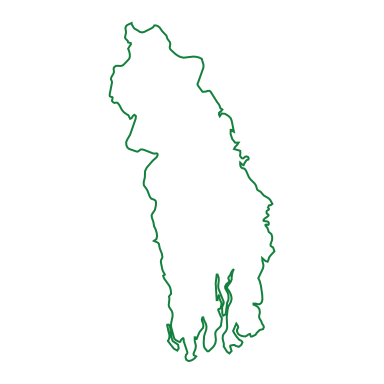 the Division of Khulna
{"feature_id": "BGD-2432", "entity_name": "Khulna", "entity_type": "Division", "adm_level": 1, "iso_a3": "BGD", "parent_name": "Bangladesh", "parent_adm1": "", "projection": "robinson", "projection_center": [89.364, 22.917], "detail": "fine", "context": "isolated", "style": "outline", "palette": "green", "viewbox_px": 384, "rotation_deg": 0, "n_neighbors": 0, "source": "natural_earth", "source_scale": "10m", "svg_char_len": 6046}
<svg xmlns="http://www.w3.org/2000/svg" viewBox="0 0 384 384"><path d="M169.0,296.5L171.1,293.7L170.8,290.5L170.2,287.8L169.2,285.6L164.2,278.6L163.1,275.8L164.8,274.6L162.9,271.0L162.3,269.4L160.9,262.3L160.9,261.0L161.2,259.7L162.2,257.9L162.4,256.9L161.9,253.8L159.8,248.5L158.8,243.6L157.4,242.4L153.9,240.9L156.4,239.1L157.1,236.1L156.6,232.5L155.5,229.1L154.1,226.3L153.3,221.6L151.9,217.8L151.6,215.4L152.4,213.6L154.9,209.9L155.9,205.5L156.0,202.9L155.8,201.1L154.5,199.8L151.3,198.7L149.9,196.9L147.5,190.7L146.3,188.6L144.1,185.7L143.7,184.2L143.8,181.6L144.8,177.8L145.1,171.0L146.7,167.7L152.9,160.5L156.0,157.8L157.0,156.6L157.6,155.2L157.6,154.1L156.9,153.4L153.8,153.6L152.8,153.3L143.8,149.8L141.9,149.4L140.4,149.6L138.6,151.1L137.7,151.6L136.5,151.5L129.0,148.9L127.4,147.5L126.3,144.9L126.2,142.0L127.3,139.5L130.1,134.7L135.6,118.9L135.9,116.1L134.4,114.8L132.9,116.0L131.5,118.2L130.1,118.8L128.4,115.2L127.2,114.6L123.8,112.2L121.9,109.9L119.2,104.8L117.5,102.8L116.6,102.6L114.3,102.9L113.2,102.3L112.1,101.1L112.0,100.2L112.4,99.2L112.6,97.5L112.0,97.0L110.8,96.8L109.8,96.2L109.6,94.7L112.0,82.6L111.9,81.4L111.0,79.4L111.1,78.1L111.6,76.7L113.3,73.9L113.9,72.3L113.9,71.1L113.6,68.7L113.9,67.5L115.8,65.9L118.0,65.8L120.4,66.0L122.6,65.5L124.1,64.2L128.4,59.7L129.5,58.2L129.9,55.8L129.6,53.0L128.9,50.4L128.1,48.9L129.5,46.3L130.9,44.4L130.8,43.1L128.1,42.4L127.7,40.8L125.6,38.8L125.0,37.3L125.9,33.3L126.0,31.7L125.5,29.0L125.5,27.7L126.1,26.1L127.3,25.0L131.6,23.0L131.7,24.0L132.1,25.0L133.9,28.0L134.6,28.7L137.4,30.2L140.0,32.0L142.2,32.4L144.3,31.9L151.7,28.2L153.2,27.1L154.4,25.4L155.6,25.4L157.7,26.0L159.6,27.5L162.3,31.3L166.4,35.6L167.5,38.9L169.8,42.0L170.2,43.2L170.2,44.6L169.7,47.5L170.0,48.7L171.1,50.1L175.5,54.1L178.0,55.8L180.5,57.0L183.6,57.7L193.1,56.6L196.1,56.8L199.0,57.5L201.7,58.8L203.3,64.0L203.5,65.1L203.4,67.7L197.5,84.2L197.8,85.4L202.5,91.8L205.8,91.6L207.7,90.9L209.2,90.8L210.4,91.4L217.2,102.2L218.6,104.0L219.4,105.3L220.5,108.4L221.7,109.0L222.4,109.6L221.3,110.9L219.1,112.7L219.0,114.7L219.8,116.3L221.6,113.5L224.9,113.8L228.4,115.9L230.7,118.2L231.7,120.8L233.9,131.8L232.4,131.0L231.6,129.9L230.7,129.9L230.6,134.1L232.3,139.1L235.2,142.7L238.6,142.6L237.3,144.7L235.0,147.1L234.0,149.0L240.2,150.8L240.4,153.1L240.0,155.8L241.7,158.2L243.2,158.4L245.2,156.7L246.5,156.4L248.1,157.1L248.7,158.3L248.4,159.5L246.9,160.0L246.2,160.6L244.4,163.3L243.6,165.2L242.4,164.7L240.2,162.6L240.1,164.1L240.6,166.4L241.1,167.2L242.1,168.1L244.0,168.5L244.9,169.1L246.1,170.8L248.9,177.2L250.7,179.6L254.4,183.2L255.9,185.4L257.0,189.0L257.5,190.0L260.6,191.8L263.8,195.5L268.5,198.2L270.2,199.9L272.4,203.9L270.7,205.2L269.3,205.2L268.9,205.5L268.0,207.6L268.9,208.7L268.9,209.2L268.7,209.7L267.0,210.7L266.5,211.6L266.7,213.3L267.0,213.8L268.0,214.4L268.6,215.1L268.5,215.6L268.0,216.2L264.5,218.7L263.5,220.0L263.5,220.7L264.2,221.1L267.1,221.4L268.1,221.8L268.7,222.7L268.8,223.7L268.6,224.6L268.3,224.9L267.8,224.9L266.7,224.5L266.1,224.5L265.4,225.0L265.5,225.6L267.4,227.9L268.8,232.0L270.6,233.4L271.3,234.1L271.7,235.0L272.2,237.0L272.1,239.9L270.7,243.9L270.5,245.1L270.7,245.8L271.1,246.3L273.0,247.4L273.4,248.3L274.4,251.3L270.7,255.3L269.1,257.5L268.5,259.6L267.6,261.7L265.6,261.1L262.2,258.1L262.4,260.9L263.5,265.4L263.0,268.3L258.3,278.2L259.7,281.0L260.9,285.7L262.2,294.6L262.4,299.3L262.0,301.5L261.1,303.2L259.2,304.3L257.5,304.1L255.7,303.6L253.5,303.6L253.5,304.6L256.0,305.7L258.0,307.1L259.4,309.2L259.9,312.3L259.1,316.0L259.2,317.4L259.6,318.6L261.2,321.2L262.1,323.8L263.2,325.2L263.9,327.0L263.1,329.1L259.7,330.0L256.8,332.8L255.5,334.8L252.3,336.4L251.1,336.6L250.6,336.0L250.0,334.0L248.5,334.4L246.8,335.7L245.4,336.4L243.5,336.3L241.3,335.8L239.3,334.9L238.0,333.7L237.0,331.3L237.0,329.8L238.2,327.5L238.0,326.2L236.3,323.6L233.1,331.0L234.4,333.4L236.6,336.7L239.2,339.7L241.5,340.9L242.5,342.3L241.3,344.9L238.8,346.8L235.9,346.0L234.5,345.0L233.3,345.0L230.4,345.6L230.1,346.3L231.6,351.0L229.4,353.4L227.0,351.7L223.7,346.4L223.9,344.0L222.6,338.5L222.9,335.5L223.8,333.8L226.0,331.1L226.8,329.1L227.2,326.9L226.7,317.3L227.6,309.6L228.2,306.8L231.0,301.6L231.6,298.7L231.2,295.8L230.2,293.1L228.8,290.6L227.2,288.6L227.1,286.8L230.7,281.8L231.6,279.6L231.7,276.8L232.1,274.0L232.8,271.4L233.9,269.1L232.7,270.1L231.6,271.8L230.0,275.4L228.7,276.9L228.3,278.1L229.3,281.1L228.6,282.3L226.4,284.1L225.1,286.5L225.2,288.2L227.6,292.7L228.2,294.4L228.5,295.7L228.5,298.7L228.3,300.3L227.1,302.8L225.9,312.6L225.3,314.5L223.2,315.7L222.3,313.7L222.1,307.8L222.4,306.4L223.6,303.6L223.7,301.9L218.5,288.7L218.2,286.0L218.8,280.0L218.6,277.4L217.5,274.5L216.7,274.5L215.7,283.3L216.7,300.1L217.5,300.1L217.6,298.2L218.2,296.5L218.8,295.5L219.1,295.9L219.6,298.7L220.2,300.3L221.5,302.9L221.4,304.9L220.5,308.2L219.9,308.8L218.5,309.1L218.2,309.6L218.3,310.5L219.1,311.9L219.5,313.4L220.9,316.6L221.7,317.8L221.9,318.7L220.9,325.8L219.7,327.3L216.7,330.1L215.4,332.4L215.3,334.3L215.9,339.7L215.5,342.7L214.4,345.2L212.9,347.3L208.7,351.2L207.4,351.3L204.5,347.8L203.9,345.8L203.7,342.4L204.1,336.4L204.7,334.0L206.2,329.9L206.5,326.8L206.0,324.1L203.8,319.7L203.3,317.4L202.5,317.4L201.8,319.4L202.1,321.1L202.8,322.8L203.3,324.6L203.3,326.8L202.9,328.0L199.8,331.7L199.1,333.0L196.6,339.0L196.1,339.0L195.4,337.3L194.7,337.3L194.7,340.7L195.9,345.8L195.4,349.1L193.5,353.7L193.8,355.2L196.2,356.4L194.9,358.1L192.9,359.6L190.6,360.7L188.4,361.0L186.2,359.6L185.5,357.1L186.0,354.8L187.1,353.7L187.4,352.3L183.8,341.4L183.6,338.7L183.1,338.2L182.0,338.9L180.9,340.2L180.5,341.4L179.8,342.0L178.3,341.5L175.8,340.1L174.6,339.0L174.1,338.1L171.2,327.3L171.0,325.1L171.3,322.3L172.5,316.8L172.6,313.7L171.7,310.9L169.2,307.1L168.7,305.1L169.4,299.0L169.0,296.5ZM172.7,341.1L178.0,344.6L178.7,348.3L177.3,350.6L173.8,348.6L168.0,341.1L168.0,340.6L168.7,339.8L169.4,337.3L169.4,334.7L168.2,330.3L167.9,328.3L167.2,325.9L167.3,324.7L168.7,324.6L169.1,325.0L169.8,326.4L170.3,328.3L171.4,337.2L172.7,341.1Z" fill="none" stroke="#15803d" stroke-width="2"/></svg>